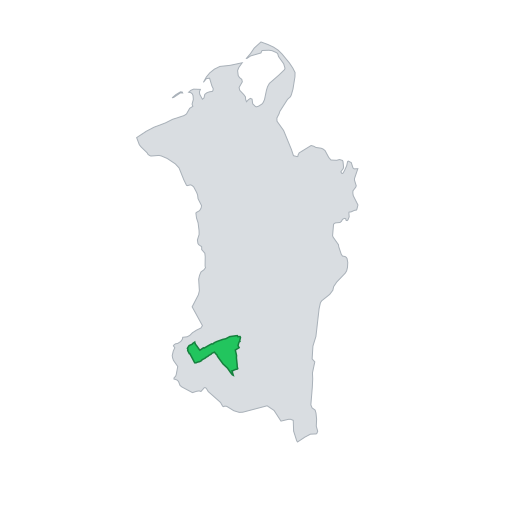 location of Turkmengala, Mary, Turkmenistan, rotated 61°
{"feature_id": "10190150B49648436133803", "entity_name": "Turkmengala", "entity_type": "district", "adm_level": 2, "iso_a3": "TKM", "parent_name": "Turkmenistan", "parent_adm1": "Mary", "projection": "albers", "projection_center": [62.147, 36.684], "detail": "fine", "context": "in_parent", "style": "filled", "palette": "green", "viewbox_px": 512, "rotation_deg": 61, "n_neighbors": 0, "source": "geoboundaries", "source_scale": "gbopen_adm2", "svg_char_len": 5000}
<svg xmlns="http://www.w3.org/2000/svg" viewBox="0 0 512 512"><g transform="rotate(61 256 256)"><path d="M159.6,171.0L180.1,173.4L186.4,174.6L189.1,171.8L189.1,171.0L188.1,170.3L186.7,168.2L186.1,154.2L188.0,152.3L190.1,151.0L193.3,146.8L194.9,145.5L197.3,144.5L205.1,144.6L208.4,143.9L211.4,139.1L212.1,136.2L214.4,134.0L215.5,134.1L220.7,136.3L221.8,137.3L223.5,141.0L225.4,140.9L225.8,140.3L225.6,139.5L224.2,137.2L221.0,132.9L217.9,130.2L217.7,129.3L220.5,127.4L226.0,128.5L227.4,127.9L229.0,124.6L236.0,132.3L237.4,133.1L243.2,134.3L244.1,135.3L246.0,139.6L247.9,140.8L250.4,141.7L260.8,142.1L264.0,145.1L264.5,145.8L263.8,147.8L263.5,151.6L262.7,153.2L263.2,153.8L266.9,155.5L269.0,158.1L269.2,159.2L268.6,159.9L266.8,159.5L265.9,160.6L265.9,162.6L267.1,164.5L267.4,166.3L265.6,170.3L265.5,171.9L266.0,172.9L275.4,179.2L276.9,179.4L286.1,178.4L287.8,179.1L295.8,180.6L298.0,180.4L299.6,178.4L301.0,177.7L302.4,177.6L306.2,178.9L310.3,181.5L312.9,183.9L314.2,186.1L317.9,198.0L320.4,202.9L323.2,205.4L325.3,210.1L327.0,220.2L328.1,222.3L332.6,226.3L355.4,242.6L362.4,249.9L373.2,256.8L377.1,255.9L385.6,263.3L391.0,266.0L398.1,270.4L412.8,280.2L416.0,280.6L419.4,279.0L422.5,279.7L428.1,282.1L434.1,285.8L439.2,287.0L440.6,288.7L440.8,289.6L438.2,294.8L438.1,301.2L438.8,309.8L437.4,310.0L427.4,308.0L417.8,303.1L415.6,304.9L414.6,306.7L412.5,314.2L399.8,315.1L392.4,318.9L386.2,343.3L384.7,346.4L380.6,350.4L373.3,354.5L372.2,356.0L372.0,357.5L371.1,358.0L367.0,358.0L351.4,363.5L348.0,363.6L346.7,364.0L346.1,365.0L347.8,369.8L346.4,371.2L345.5,373.6L344.7,377.8L334.5,384.4L332.3,385.2L328.1,384.6L326.0,385.3L323.8,387.4L322.8,386.7L322.2,384.6L321.1,383.3L314.7,378.0L307.3,378.8L304.5,378.3L302.4,377.5L299.0,374.4L296.9,371.5L294.5,371.8L293.9,370.5L293.8,368.9L294.5,366.9L294.3,363.3L293.1,360.7L291.6,359.5L293.3,355.3L293.3,352.2L292.3,348.8L292.0,343.9L292.3,339.1L290.9,336.6L269.5,336.5L262.0,325.2L259.0,322.4L248.5,317.4L245.6,314.8L243.3,311.9L242.8,308.1L241.7,305.8L240.1,305.4L231.9,300.7L228.7,299.4L224.1,300.4L221.5,299.0L218.3,300.6L216.9,300.7L213.6,299.5L209.6,295.3L206.2,293.5L199.0,290.6L193.9,289.6L189.4,287.8L189.0,287.2L189.0,283.8L188.5,282.4L187.3,280.6L185.5,279.2L177.8,278.9L174.3,277.5L171.5,277.1L165.3,277.0L163.2,277.8L162.0,278.8L161.1,282.1L160.4,282.5L154.4,282.2L141.7,280.6L136.3,281.9L127.6,286.4L122.6,290.3L121.0,292.1L117.6,299.5L116.3,300.5L114.6,301.2L112.9,301.2L105.1,303.6L102.1,304.1L94.6,303.0L93.7,291.7L93.9,282.8L95.7,270.7L96.0,262.8L98.3,250.9L98.1,248.0L94.7,242.4L94.5,238.7L92.2,238.3L88.7,234.9L85.2,233.3L83.3,233.1L81.6,233.8L80.1,235.5L79.5,232.6L79.8,229.7L83.3,223.9L85.0,225.9L87.2,226.8L92.9,226.9L92.5,224.8L89.8,222.4L89.4,219.7L89.9,216.9L90.9,214.2L90.1,213.1L88.9,212.3L85.8,212.1L78.0,210.4L76.8,213.4L78.6,217.8L75.4,212.7L73.4,207.6L72.4,201.8L72.7,195.7L76.7,186.2L80.3,174.4L82.8,179.7L84.9,182.2L89.6,184.1L92.0,183.9L94.6,182.8L97.0,183.5L100.4,189.1L103.2,189.9L109.0,188.4L111.8,188.1L114.1,189.2L116.5,189.5L115.6,186.9L115.4,184.5L116.9,183.4L121.3,185.1L125.0,184.0L125.7,183.4L126.2,181.4L126.0,177.2L125.3,175.4L123.4,172.8L116.0,166.4L113.5,163.8L111.5,160.6L108.9,148.4L106.8,140.6L105.8,139.6L101.3,138.6L92.5,139.6L89.4,138.9L87.9,139.6L84.1,142.5L82.2,145.1L79.2,151.1L80.8,153.3L78.4,163.7L78.8,168.3L78.5,168.6L76.3,162.7L73.3,156.8L71.2,147.9L77.0,142.9L81.8,139.4L86.8,136.8L92.0,135.3L103.3,133.2L109.6,132.7L114.5,132.9L118.2,135.1L128.0,142.8L132.2,147.0L133.4,148.7L134.3,152.5L141.1,165.1L142.8,166.9L145.5,170.9L148.3,172.3L159.6,171.0ZM77.4,251.1L77.0,252.7L76.0,247.8L75.8,242.4L76.9,241.0L77.9,241.1L76.7,243.0L77.4,251.1Z" fill="#d9dde1" stroke="#a8b0b8" stroke-width="1"/><path d="M320.0,309.2L319.8,309.1L318.9,309.0L318.7,309.0L318.1,310.3L317.8,311.0L316.6,310.9L316.1,312.0L313.9,317.7L313.8,317.9L313.7,322.4L313.7,322.6L312.8,325.6L312.3,328.8L311.8,331.7L311.6,334.5L311.7,335.0L312.0,336.4L311.3,337.5L311.3,341.7L311.4,346.0L310.9,346.4L310.8,346.5L311.2,350.8L310.4,350.9L307.7,351.2L306.5,351.3L304.0,351.7L303.8,351.7L303.2,351.6L302.0,351.5L301.8,351.5L301.6,351.4L301.8,353.8L302.0,354.1L302.2,354.5L301.9,357.9L302.8,359.6L303.5,360.8L304.6,360.8L305.4,361.5L305.9,361.6L306.3,361.6L309.1,361.7L309.4,361.2L309.5,361.2L319.7,361.4L319.9,361.2L320.4,360.0L320.4,358.8L320.4,358.7L320.7,358.1L320.7,357.3L321.1,356.7L321.1,354.3L320.9,354.0L320.6,353.6L320.7,350.0L320.6,349.4L320.4,349.2L320.4,348.7L320.4,346.5L320.3,346.1L320.1,345.7L320.1,344.2L320.1,342.8L319.8,342.0L319.7,341.6L319.7,341.4L319.9,339.7L319.9,339.0L321.6,338.7L322.6,338.5L323.6,338.1L324.7,338.3L326.2,338.2L332.6,337.4L334.4,337.2L340.2,335.3L345.2,334.8L347.7,334.4L348.4,334.3L349.3,333.7L344.8,332.7L345.2,331.4L345.1,330.2L345.3,329.2L345.3,328.6L345.8,327.6L345.7,326.6L343.7,326.1L341.7,325.1L337.7,323.4L335.6,322.5L333.5,321.2L328.2,319.7L328.0,315.2L325.7,315.2L323.1,312.7L322.9,311.4L322.3,311.4L320.1,309.4L320.0,309.2Z" fill="#22c55e" stroke="#15803d" stroke-width="1.5"/></g></svg>